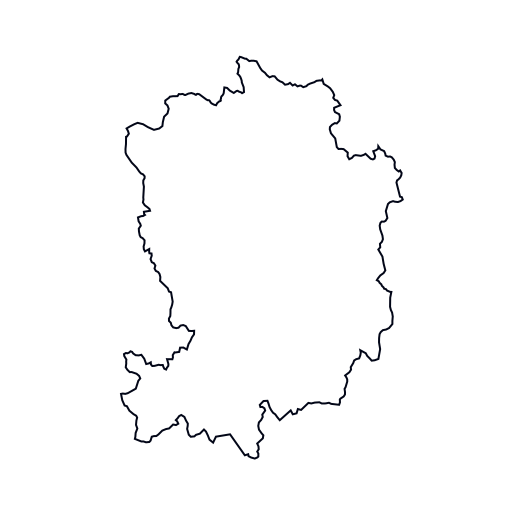 the district of Jerantut, Pahang, Malaysia, rotated 349°
{"feature_id": "92858781B18339216088795", "entity_name": "Jerantut", "entity_type": "district", "adm_level": 2, "iso_a3": "MYS", "parent_name": "Malaysia", "parent_adm1": "Pahang", "projection": "natural_earth1", "projection_center": [102.515, 4.261], "detail": "fine", "context": "isolated", "style": "outline", "palette": "ink", "viewbox_px": 512, "rotation_deg": 349, "n_neighbors": 0, "source": "geoboundaries", "source_scale": "gbopen_adm2", "svg_char_len": 6057}
<svg xmlns="http://www.w3.org/2000/svg" viewBox="0 0 512 512"><g transform="rotate(349 256 256)"><path d="M293.7,65.0L291.0,63.9L288.7,63.4L286.6,63.4L284.1,60.5L282.8,60.2L279.3,57.9L278.1,57.4L276.2,59.8L274.9,60.6L274.0,61.6L274.8,63.3L275.5,64.2L275.7,65.4L275.5,67.3L274.4,69.0L273.5,72.2L272.6,73.5L274.0,75.5L274.8,77.3L275.2,79.4L275.4,81.4L275.2,82.9L276.1,87.9L275.5,92.8L273.4,93.5L272.7,92.6L270.5,91.3L269.5,90.3L268.4,90.3L265.3,91.7L261.9,88.7L259.7,85.5L257.1,84.5L255.4,89.9L254.7,91.0L253.7,92.0L252.7,92.6L252.0,93.5L251.7,94.7L251.1,95.6L251.1,96.8L250.5,97.1L249.4,97.2L247.0,98.6L245.6,100.4L243.7,99.5L241.6,97.8L240.8,96.7L240.2,94.9L239.6,94.1L238.4,93.9L237.2,93.0L231.2,86.4L229.7,85.7L228.9,85.7L228.2,86.3L227.3,86.2L226.6,85.3L223.7,83.7L220.6,83.7L217.4,84.5L216.4,84.2L215.8,83.5L214.8,82.9L212.7,82.8L211.2,82.3L210.6,82.8L210.1,83.6L209.4,84.1L204.9,83.3L201.8,83.2L200.8,84.1L196.6,86.1L196.0,88.9L197.8,91.3L198.4,94.8L196.3,99.2L192.4,101.7L190.1,106.8L188.9,110.6L185.3,112.4L179.9,112.7L174.5,108.9L170.3,105.1L165.2,102.7L161.7,103.4L156.9,104.8L153.3,106.1L154.2,108.9L154.5,111.7L152.1,114.1L151.2,114.2L149.7,121.4L148.3,126.1L147.7,129.6L148.1,132.0L151.8,140.6L155.6,146.4L157.5,150.8L158.8,153.0L160.7,154.3L161.9,156.5L161.5,158.3L159.8,160.3L159.2,162.9L159.2,166.5L156.5,177.1L156.3,179.1L155.2,181.9L156.5,185.0L158.8,187.5L160.4,189.5L160.6,191.4L154.4,191.2L154.2,193.6L154.8,194.5L152.7,195.2L151.0,195.0L147.5,195.6L147.4,199.6L148.5,202.3L148.7,204.3L146.2,206.7L145.8,209.6L145.8,213.5L146.4,215.5L148.1,216.8L149.6,219.3L148.9,222.4L147.5,225.2L147.2,227.9L147.9,230.3L152.5,228.8L151.9,231.6L151.9,233.0L153.9,233.6L153.7,235.8L151.9,238.9L152.5,242.2L154.4,243.6L155.4,246.2L154.0,248.9L154.8,251.5L156.9,253.1L157.9,255.3L158.1,258.4L157.1,262.1L163.2,270.8L163.8,274.3L165.7,275.4L165.5,284.9L164.4,287.8L163.0,290.4L161.9,292.0L161.1,295.9L160.4,298.6L158.6,300.8L158.2,303.2L159.6,305.2L159.8,307.9L161.1,310.3L164.0,311.6L166.3,311.6L168.6,309.9L171.4,309.9L173.7,311.4L175.8,316.7L178.7,317.4L181.0,317.6L180.2,321.1L177.6,323.6L175.5,326.7L173.0,329.5L170.3,334.6L167.2,332.0L164.0,331.5L162.3,335.5L158.2,335.3L157.6,335.0L155.4,337.4L155.1,339.7L154.2,341.4L149.0,340.3L149.4,345.4L148.9,347.2L147.2,348.7L146.1,350.3L144.5,349.2L143.9,347.0L143.7,345.2L141.4,344.9L139.7,344.2L135.5,344.5L133.2,344.2L132.2,342.5L132.4,340.3L130.3,341.0L127.6,341.1L126.7,335.5L124.6,331.1L121.9,331.2L118.9,330.4L116.8,328.2L116.1,326.5L114.6,325.6L113.3,326.5L111.2,327.0L109.8,326.4L107.7,327.1L107.6,329.1L109.0,332.9L108.4,334.9L108.1,336.9L106.9,340.4L108.0,343.1L109.9,345.9L111.8,346.2L116.3,348.8L118.4,351.4L119.0,354.1L116.7,356.0L112.7,363.3L103.9,366.2L101.4,366.4L98.9,365.6L97.2,365.6L97.2,372.0L98.5,377.7L100.6,378.8L102.2,383.7L105.6,387.9L107.9,389.9L108.5,391.9L107.2,394.7L106.0,398.9L106.6,402.7L104.1,406.7L103.1,410.4L102.2,412.4L108.1,416.2L110.2,416.6L112.5,417.9L115.8,418.2L117.3,417.1L119.2,413.5L121.3,413.3L123.8,413.7L126.1,412.6L130.7,409.5L134.7,408.7L137.8,408.7L142.5,405.6L145.2,406.7L147.7,405.8L147.1,403.3L146.0,401.8L148.1,400.3L150.0,398.5L152.3,397.8L155.0,400.3L155.9,404.2L157.1,407.5L156.5,409.8L155.4,412.6L155.9,418.6L157.5,421.0L161.1,421.3L163.0,420.1L167.0,419.7L171.8,416.4L173.4,418.8L174.5,423.0L175.3,427.4L178.3,431.0L182.2,425.7L196.5,426.1L207.0,449.5L210.5,449.1L210.5,451.1L212.8,452.9L216.2,454.6L218.9,454.0L220.0,453.3L220.6,450.4L219.9,448.2L221.8,446.2L222.1,443.4L221.4,440.3L227.9,436.3L229.0,433.4L227.7,431.2L225.8,427.0L225.8,423.2L227.1,419.9L229.8,417.9L231.9,415.3L231.9,412.9L235.5,409.5L235.2,407.1L233.4,405.3L231.5,405.1L231.3,402.9L235.7,399.8L239.6,400.3L240.1,403.1L240.5,406.9L241.5,410.2L242.8,413.1L244.7,415.1L246.1,418.2L248.0,421.7L260.6,414.2L261.9,418.4L265.8,418.2L267.9,414.2L270.9,415.7L279.4,410.2L282.2,411.3L285.7,411.1L290.3,411.7L292.4,413.3L296.2,414.0L299.6,414.0L301.6,415.5L309.2,417.9L310.5,415.7L310.9,412.9L311.5,412.2L315.3,410.6L316.9,408.9L317.4,406.7L317.6,403.3L318.8,402.0L321.6,396.7L322.0,394.5L321.6,392.5L320.7,390.3L325.5,387.9L327.6,385.7L327.8,383.2L331.0,379.7L332.4,377.3L334.7,376.4L337.7,376.2L339.4,373.5L340.4,370.9L340.4,368.4L345.2,372.4L346.1,375.3L348.2,378.4L349.6,380.8L352.6,381.0L356.5,380.4L360.1,371.1L360.3,364.2L361.2,360.0L362.4,356.3L363.9,354.5L366.4,353.0L369.7,353.0L372.9,352.1L376.9,348.8L377.5,345.7L378.7,341.5L378.8,337.5L378.1,334.8L377.9,331.5L379.8,322.5L382.0,317.1L380.8,316.8L378.0,314.9L377.3,313.4L375.5,312.5L375.3,311.3L373.9,309.3L373.6,307.7L372.2,305.9L371.7,304.2L370.0,302.8L371.6,301.1L374.3,298.8L378.0,297.1L380.2,294.8L379.8,288.0L380.0,280.7L377.3,273.0L379.6,271.2L380.0,267.7L382.3,266.1L383.8,263.7L384.0,260.1L383.0,253.5L383.2,249.8L384.4,247.3L385.9,246.2L388.2,246.7L389.9,246.2L392.2,243.8L392.0,236.7L395.5,230.1L397.6,228.8L401.0,228.3L402.7,229.2L405.6,230.1L408.3,229.7L410.8,228.6L410.4,226.1L408.7,225.2L407.9,210.7L408.9,208.7L410.4,208.0L412.5,206.5L414.0,204.5L414.8,202.3L413.8,199.5L412.3,200.3L410.6,198.5L409.1,196.1L409.4,192.8L410.2,190.3L409.6,187.7L408.1,185.0L406.6,183.9L404.5,183.7L402.4,182.2L402.4,180.2L401.8,177.5L398.5,175.1L397.0,171.6L396.4,174.0L393.9,175.1L391.1,175.5L392.0,180.8L390.9,183.0L389.2,183.5L387.1,182.4L383.0,176.6L381.1,177.3L378.1,177.7L373.1,176.0L371.2,176.2L368.9,178.0L366.0,178.8L364.9,175.5L365.8,172.0L362.4,167.8L360.1,167.1L357.4,166.7L356.1,164.5L356.2,155.7L353.0,149.9L352.6,145.7L353.2,143.5L355.7,141.7L358.7,140.6L360.6,141.3L363.7,139.1L364.9,135.3L364.7,132.7L361.0,129.8L360.5,127.6L361.0,125.4L367.7,124.1L365.4,119.0L363.3,117.9L362.0,115.5L363.5,113.0L362.7,109.5L360.8,105.5L358.9,103.3L355.3,100.0L354.8,95.3L353.6,96.2L352.2,95.8L348.8,95.6L346.5,96.5L341.9,97.1L339.4,97.8L337.9,98.9L334.6,99.3L332.7,97.4L331.6,97.1L329.1,97.4L327.0,94.9L324.5,95.6L322.4,92.5L320.3,93.4L317.2,93.4L315.1,90.5L313.0,89.2L310.7,87.0L308.6,83.2L306.5,82.6L303.4,83.2L301.2,80.6L299.8,77.9L297.3,75.1L296.0,72.2L293.7,65.0Z" fill="none" stroke="#020617" stroke-width="2"/></g></svg>